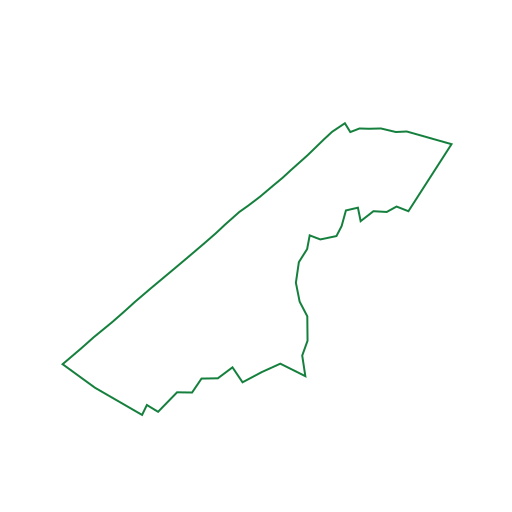 Imbé, Rio Grande do Sul, Brazil, rotated 210°
{"feature_id": "56859067B97443140399595", "entity_name": "Imbé", "entity_type": "district", "adm_level": 2, "iso_a3": "BRA", "parent_name": "Brazil", "parent_adm1": "Rio Grande do Sul", "projection": "equal_earth", "projection_center": [-50.118, -29.935], "detail": "fine", "context": "isolated", "style": "outline", "palette": "green", "viewbox_px": 512, "rotation_deg": 210, "n_neighbors": 0, "source": "geoboundaries", "source_scale": "gbopen_adm2", "svg_char_len": 935}
<svg xmlns="http://www.w3.org/2000/svg" viewBox="0 0 512 512"><g transform="rotate(210 256 256)"><path d="M369.4,65.6L329.5,61.4L315.1,61.4L305.7,61.4L290.8,61.4L275.2,61.4L276.0,72.4L262.9,72.1L256.2,98.5L243.1,105.8L241.9,122.6L227.9,131.0L220.7,147.8L204.5,139.9L192.8,158.6L181.1,174.9L153.2,176.6L166.2,192.9L169.0,208.4L181.4,229.4L195.4,238.3L208.1,252.8L215.8,272.1L215.2,287.6L219.8,300.7L208.6,302.5L196.3,313.5L196.8,324.7L200.9,340.4L191.9,348.8L182.8,338.5L176.7,353.5L164.8,359.5L159.0,369.1L146.4,371.0L142.6,450.6L187.7,439.2L196.9,433.3L211.6,428.9L221.9,422.6L230.1,418.2L236.3,410.5L245.4,415.4L252.2,401.6L255.4,391.3L261.7,369.1L268.8,347.6L272.0,337.3L276.4,325.4L282.2,309.3L288.1,295.3L292.5,285.7L298.5,267.7L302.1,255.8L307.0,241.5L313.4,223.5L319.1,207.7L324.6,192.7L330.7,176.1L337.9,155.8L342.4,141.8L347.5,126.8L355.9,104.6L361.0,89.2L369.4,65.6Z" fill="none" stroke="#15803d" stroke-width="2"/></g></svg>